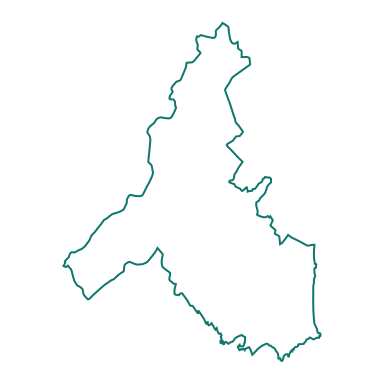 Quynh Luu, Nghệ An, Vietnam (Equal Earth projection)
{"feature_id": "81297802B4221517004962", "entity_name": "Quynh Luu", "entity_type": "district", "adm_level": 2, "iso_a3": "VNM", "parent_name": "Vietnam", "parent_adm1": "Nghệ An", "projection": "equal_earth", "projection_center": [105.608, 19.233], "detail": "fine", "context": "isolated", "style": "outline", "palette": "teal", "viewbox_px": 384, "rotation_deg": 0, "n_neighbors": 0, "source": "geoboundaries", "source_scale": "gbopen_adm2", "svg_char_len": 6008}
<svg xmlns="http://www.w3.org/2000/svg" viewBox="0 0 384 384"><path d="M252.3,354.8L257.8,349.0L259.4,347.7L262.1,345.7L266.5,343.7L268.0,344.1L268.7,345.1L269.3,345.5L270.8,345.7L272.0,346.9L273.9,347.9L274.7,348.6L275.5,350.1L277.9,353.6L278.4,356.6L278.3,358.5L278.6,358.7L279.6,358.3L280.2,358.3L280.5,358.9L280.6,360.3L281.9,361.0L282.6,360.2L283.4,358.2L283.5,356.7L285.0,354.9L285.8,354.4L286.8,354.2L287.4,354.3L288.0,354.9L288.1,356.2L288.6,356.6L288.9,356.4L288.9,355.2L289.3,354.2L290.9,351.1L291.5,350.9L291.8,351.6L292.3,351.6L292.2,350.0L292.4,349.5L293.0,349.3L293.6,349.6L294.2,348.2L294.8,347.5L295.5,347.0L297.2,346.7L297.7,346.4L298.1,346.1L298.1,345.1L298.4,344.5L298.9,344.1L300.3,344.2L303.7,343.9L304.6,342.3L305.6,341.7L306.3,339.8L306.7,339.4L308.3,339.0L309.6,337.6L310.0,337.5L312.9,339.2L313.8,339.3L316.8,337.7L319.2,337.8L319.2,336.2L319.4,335.9L320.3,336.0L320.5,335.7L320.4,333.9L320.1,333.4L319.7,333.1L318.5,333.3L317.6,332.2L316.9,328.9L314.3,323.2L313.8,317.7L313.3,309.3L313.2,299.4L313.3,286.0L313.9,283.0L313.9,280.9L314.1,278.7L315.2,276.3L314.5,272.8L314.3,269.4L314.5,268.4L314.9,268.0L315.8,267.8L316.0,267.4L316.1,267.0L315.9,265.8L316.3,264.3L316.1,264.1L315.2,264.0L314.8,263.5L314.0,257.8L313.9,252.9L314.4,244.8L311.7,244.9L308.5,245.6L307.4,245.6L306.8,245.4L300.0,241.6L291.4,237.4L288.1,235.0L283.8,240.9L281.9,243.1L280.1,244.2L279.3,236.6L278.7,235.9L274.8,233.7L275.4,230.0L272.1,227.2L270.5,225.5L272.8,220.2L270.3,216.3L269.3,217.5L267.8,216.1L265.5,217.3L263.5,217.2L261.0,216.6L259.7,215.9L258.2,215.6L257.0,214.6L257.6,212.8L257.7,211.2L256.2,205.5L256.3,202.4L259.1,200.5L260.2,198.1L263.9,194.5L265.1,192.6L265.5,192.0L267.0,187.3L267.5,186.3L268.6,184.7L271.1,182.3L270.9,178.6L269.3,177.4L267.2,177.6L265.5,176.9L264.9,177.1L264.4,178.2L262.8,179.0L262.3,181.0L261.8,181.8L258.6,183.8L256.2,187.4L254.7,188.9L252.9,189.0L252.5,189.5L252.2,190.8L249.1,191.1L247.7,191.6L247.7,190.4L247.4,190.1L246.7,187.3L246.2,187.4L243.2,190.4L242.1,190.9L241.1,190.2L240.2,188.8L235.8,186.7L235.0,185.8L234.4,184.2L230.7,182.9L229.2,182.1L229.3,181.4L229.8,180.7L232.5,180.1L233.5,179.1L233.9,178.2L234.4,174.6L236.2,172.0L238.4,167.9L242.6,161.8L238.5,157.9L231.0,149.8L227.5,146.4L227.0,145.3L226.9,144.7L227.6,143.8L232.8,140.8L236.0,136.5L239.7,136.0L241.4,134.1L243.0,131.8L238.4,125.2L236.7,123.6L235.5,121.9L235.0,118.7L233.9,116.1L229.6,102.6L228.5,99.9L225.2,90.6L225.1,89.6L225.6,88.5L229.7,82.4L231.1,79.4L232.1,77.9L233.6,76.4L250.1,64.6L249.5,58.4L249.4,58.0L248.4,57.4L246.7,57.0L241.6,57.1L241.7,51.9L241.6,51.4L241.0,50.4L238.5,49.0L238.2,48.6L237.6,42.0L235.5,43.4L233.9,43.7L232.9,43.5L231.5,42.2L230.0,38.8L228.8,31.2L228.6,28.3L228.3,27.2L227.8,26.4L225.8,25.0L222.6,23.0L219.9,26.6L216.1,30.3L215.9,30.8L215.8,31.6L215.9,35.1L215.4,36.7L215.1,37.2L214.7,37.5L213.0,38.0L205.7,36.5L201.1,35.1L199.0,36.4L197.9,36.7L197.1,36.4L196.3,38.5L196.2,39.7L196.7,42.2L197.7,44.6L197.8,45.3L197.3,49.0L197.7,49.8L200.3,52.5L200.5,53.1L194.7,60.2L193.2,61.7L192.2,62.3L191.5,62.4L187.1,62.7L186.5,63.0L186.4,64.4L185.6,68.1L180.9,79.4L180.5,80.0L180.0,80.4L176.3,81.8L172.7,86.0L171.6,87.9L171.5,89.8L172.5,91.2L172.6,92.2L170.1,95.5L169.5,97.4L169.5,98.3L169.8,99.1L171.1,99.4L172.8,99.3L173.5,99.5L174.1,100.2L175.0,101.8L175.2,105.2L175.6,107.0L176.0,107.3L176.0,107.9L174.6,111.3L171.3,117.4L170.8,117.9L170.0,118.2L168.0,118.4L160.7,117.4L159.5,117.6L157.6,118.4L156.5,119.3L154.1,123.0L150.4,126.0L149.2,127.3L148.4,128.6L147.6,130.6L147.4,132.1L147.8,133.2L149.4,135.5L149.9,136.9L150.4,139.5L149.4,150.7L148.3,161.1L148.4,161.7L148.6,162.4L151.1,164.8L151.8,166.0L153.0,173.1L152.6,174.6L151.5,177.6L149.0,182.9L147.3,185.7L143.0,194.4L142.3,195.2L141.5,195.8L139.5,196.2L135.4,196.0L131.0,195.0L129.9,195.0L128.9,196.0L127.7,197.8L127.0,199.4L126.6,203.4L125.2,206.1L124.3,208.4L123.2,209.9L119.1,212.0L112.1,214.2L106.5,218.6L104.4,219.8L103.8,220.3L100.4,225.0L97.3,228.7L95.3,231.5L91.8,235.2L91.2,236.1L89.6,239.8L88.9,241.0L85.3,245.9L84.2,247.0L82.0,248.8L78.5,250.3L75.1,252.2L74.5,252.4L72.0,252.3L71.3,252.4L70.7,252.8L69.8,254.1L68.8,257.2L66.6,259.3L64.9,261.3L65.2,262.1L65.0,263.3L63.5,266.0L65.9,267.1L67.9,265.6L69.0,267.1L70.8,269.0L71.8,271.3L72.5,274.5L74.2,280.5L74.7,281.5L77.2,285.4L79.7,286.7L82.0,288.5L82.8,289.8L83.4,293.8L83.8,294.6L84.7,296.0L87.6,299.2L88.5,299.3L89.1,299.1L94.7,293.6L103.7,285.6L110.9,280.5L113.9,279.1L118.6,274.8L120.8,273.1L123.2,271.8L123.8,271.0L124.1,267.6L124.7,264.8L125.7,263.8L128.3,262.2L129.3,261.9L130.0,262.0L135.1,264.1L137.8,264.6L142.8,264.1L145.8,262.8L147.8,261.5L154.5,253.1L156.6,249.9L157.5,248.0L162.6,254.0L162.8,254.7L161.9,258.8L161.6,262.4L162.0,265.5L162.6,266.9L163.5,267.9L169.9,272.7L170.2,273.8L169.3,278.9L169.3,279.5L170.0,280.6L173.8,283.7L175.9,284.1L174.7,288.6L174.5,290.1L174.5,293.3L174.9,294.3L175.3,294.6L178.7,295.2L180.6,293.4L181.3,293.2L182.3,293.5L187.1,300.1L190.0,305.3L190.7,305.8L192.5,305.8L192.9,306.2L196.9,312.1L197.8,313.1L198.0,313.2L198.3,312.9L198.0,311.4L198.1,311.1L198.7,311.0L199.0,311.4L203.7,318.4L205.5,322.1L206.0,323.6L206.3,323.7L207.4,322.2L207.7,322.1L207.9,324.0L208.3,324.9L208.8,325.3L210.4,324.6L211.6,323.2L215.3,329.6L216.7,328.1L217.7,331.8L218.3,332.8L219.4,334.0L220.7,333.5L221.4,334.9L221.5,335.8L220.9,336.5L220.8,337.4L221.5,338.7L221.7,339.4L220.6,340.6L220.3,341.1L220.4,342.2L220.9,343.2L221.3,343.2L222.5,341.3L222.9,341.2L223.1,341.5L223.2,342.0L223.1,343.9L223.5,344.2L223.9,344.2L224.3,343.9L224.6,342.7L225.0,342.2L226.0,341.9L228.5,343.8L230.3,342.4L232.8,341.5L235.2,338.2L237.3,336.8L241.8,335.0L243.4,336.3L245.0,337.0L245.1,338.0L245.0,340.8L244.6,341.6L245.0,342.3L244.9,342.6L244.2,343.3L243.9,345.1L243.1,346.0L242.1,346.3L240.2,346.3L239.7,344.7L237.8,346.8L239.3,350.0L239.7,350.2L241.0,349.2L241.4,349.1L241.9,349.5L242.2,349.5L243.2,348.6L243.6,348.6L244.7,350.2L245.1,349.4L245.6,348.9L246.8,348.1L248.9,347.2L250.3,349.1L252.3,354.8Z" fill="none" stroke="#0f766e" stroke-width="2"/></svg>